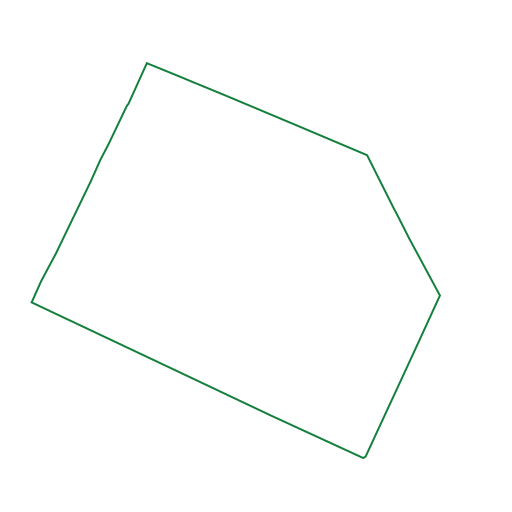 Butler, Pennsylvania, United States of America, rotated 115°
{"feature_id": "52423323B72278925034115", "entity_name": "Butler", "entity_type": "district", "adm_level": 2, "iso_a3": "USA", "parent_name": "United States of America", "parent_adm1": "Pennsylvania", "projection": "natural_earth1", "projection_center": [-79.963, 40.921], "detail": "fine", "context": "isolated", "style": "outline", "palette": "green", "viewbox_px": 512, "rotation_deg": 115, "n_neighbors": 0, "source": "geoboundaries", "source_scale": "gbopen_adm2", "svg_char_len": 474}
<svg xmlns="http://www.w3.org/2000/svg" viewBox="0 0 512 512"><g transform="rotate(115 256 256)"><path d="M157.6,147.2L155.3,150.4L117.7,197.9L120.7,280.9L121.6,304.1L123.5,353.0L125.0,385.3L125.6,400.0L127.4,436.4L172.3,435.9L174.1,436.5L217.3,436.9L234.5,437.7L258.1,437.3L338.4,438.4L369.7,440.1L392.9,439.7L393.4,334.7L393.7,275.1L394.3,175.8L393.8,73.5L391.4,71.9L280.5,72.2L214.1,72.6L174.8,125.3L157.6,147.2Z" fill="none" stroke="#15803d" stroke-width="2"/></g></svg>